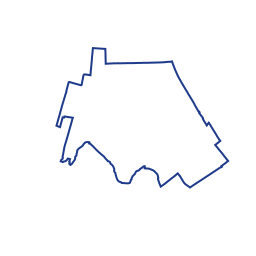 Cernica, Ilfov, Romania, rotated 145°
{"feature_id": "2599482B74723640056211", "entity_name": "Cernica", "entity_type": "district", "adm_level": 2, "iso_a3": "ROU", "parent_name": "Romania", "parent_adm1": "Ilfov", "projection": "orthographic", "projection_center": [26.299, 44.376], "detail": "fine", "context": "isolated", "style": "outline", "palette": "blue", "viewbox_px": 256, "rotation_deg": 145, "n_neighbors": 0, "source": "geoboundaries", "source_scale": "gbopen_adm2", "svg_char_len": 5430}
<svg xmlns="http://www.w3.org/2000/svg" viewBox="0 0 256 256"><g transform="rotate(145 128 128)"><path d="M201.8,139.7L202.2,139.3L201.7,138.7L201.3,137.8L201.1,137.6L200.7,137.4L199.9,137.4L199.6,137.3L199.3,137.1L198.5,136.8L197.8,136.7L197.0,136.8L196.2,136.9L195.5,137.2L194.8,137.5L194.6,137.3L193.3,135.8L193.8,135.4L195.5,134.1L195.3,133.4L195.8,132.8L196.5,132.5L196.7,131.8L196.2,130.7L195.1,130.8L194.2,130.9L192.7,131.5L191.6,131.9L190.1,132.4L189.2,132.9L188.8,133.3L188.4,133.8L188.0,134.5L187.6,134.7L187.1,134.8L186.0,135.1L185.9,135.3L185.5,135.7L185.0,136.3L184.4,136.7L184.2,136.9L183.6,137.5L182.8,138.3L182.5,138.7L182.3,138.8L181.0,139.2L180.2,139.4L179.3,139.4L176.9,139.4L175.7,139.4L173.0,140.4L172.2,140.5L171.3,140.6L170.9,140.5L170.4,140.4L170.2,140.3L169.4,139.8L168.6,139.3L168.0,138.8L167.9,138.6L167.8,138.3L168.7,137.6L167.8,136.3L167.7,135.6L167.6,134.8L167.4,134.1L167.3,133.6L167.0,132.1L166.9,131.4L166.7,129.9L166.4,128.0L166.1,126.6L165.8,124.9L165.3,123.2L164.8,121.1L164.1,118.5L164.0,117.9L164.0,117.0L163.9,115.6L163.6,113.5L163.5,112.5L163.3,112.5L162.3,110.5L162.6,109.9L162.6,109.3L162.7,109.0L162.8,108.7L162.4,107.4L162.3,106.8L162.2,106.4L162.1,105.3L162.3,104.3L162.6,103.2L162.7,102.7L162.9,102.0L163.1,101.9L163.4,101.4L163.8,101.1L164.0,100.7L164.1,100.4L164.3,99.8L164.3,99.3L164.1,98.6L164.3,98.1L164.7,97.2L165.5,95.0L165.8,94.1L166.3,92.0L166.4,91.0L166.2,89.6L165.8,88.8L165.3,88.1L165.2,87.9L164.9,87.8L164.7,86.9L164.6,86.5L163.2,85.4L161.8,84.3L160.6,83.3L159.5,82.5L159.2,82.4L158.6,82.2L158.0,82.0L157.8,82.1L157.4,82.4L156.1,83.2L156.0,83.4L155.4,83.8L155.1,83.8L154.9,83.8L154.6,83.9L154.6,84.0L154.4,84.1L154.3,84.3L154.1,84.5L153.8,84.9L153.1,85.1L152.6,85.4L152.3,85.7L152.0,85.9L151.5,85.9L150.6,86.1L149.7,86.2L149.2,86.4L148.4,86.5L148.1,86.7L147.5,87.1L146.9,87.5L146.4,87.7L146.0,87.7L145.6,87.7L145.2,87.6L144.8,87.5L144.7,87.5L144.5,87.3L144.3,87.2L143.9,87.2L143.3,87.1L142.5,87.2L142.0,87.3L141.8,87.5L141.0,87.5L140.0,87.5L139.6,87.4L139.1,87.5L138.7,87.5L137.8,87.7L137.6,87.7L137.1,87.5L136.6,87.4L136.2,87.1L136.6,86.3L137.2,85.7L137.5,85.4L137.4,85.3L135.6,83.8L134.7,83.2L134.1,82.7L133.8,82.1L132.6,80.4L132.3,79.8L132.1,79.5L131.6,78.7L131.3,78.1L131.2,77.4L131.1,77.2L131.0,76.2L130.5,73.4L130.8,72.3L131.7,69.8L131.9,69.6L132.4,69.5L132.6,69.3L132.9,68.4L133.3,67.3L133.3,67.2L133.7,65.7L133.9,65.1L134.0,64.8L134.4,63.1L134.8,61.2L129.3,61.2L127.4,61.4L117.7,61.9L113.3,62.3L113.1,59.3L113.0,59.0L113.4,54.1L113.5,51.4L113.4,50.0L113.2,49.0L111.3,43.7L109.6,43.7L105.6,43.6L96.4,43.3L92.5,43.2L89.6,43.1L84.4,43.0L77.8,42.8L76.3,42.8L73.4,42.4L73.4,42.5L73.4,42.9L73.4,43.2L70.3,43.3L67.6,43.4L67.2,43.4L66.6,43.5L66.4,43.5L66.0,43.5L64.9,43.5L64.9,44.5L65.0,44.7L65.2,48.7L65.3,50.0L65.5,54.2L65.8,57.2L66.0,60.5L66.3,64.1L64.2,64.2L62.6,64.3L59.8,64.5L59.8,65.3L59.9,66.5L59.8,69.1L59.7,70.6L59.5,72.9L59.3,76.6L59.1,80.7L59.0,81.3L58.9,83.0L58.8,85.6L58.8,86.0L60.1,85.6L61.4,85.1L62.0,84.9L62.0,85.1L62.0,85.4L61.9,86.1L61.8,87.5L61.8,88.2L61.7,89.9L61.5,91.9L61.5,92.6L61.1,92.9L60.9,93.0L60.9,94.7L61.0,95.5L61.0,96.5L61.1,99.3L60.6,99.4L60.5,99.7L60.8,99.6L60.7,102.0L60.4,104.7L60.4,105.0L60.1,108.3L59.7,111.4L59.7,111.5L59.5,113.9L59.5,114.0L59.3,117.7L59.1,119.8L59.2,120.0L59.0,122.3L58.9,123.0L58.7,125.9L58.6,127.6L58.4,130.7L58.2,132.6L58.2,133.2L58.1,134.5L57.8,136.9L57.7,138.8L57.2,142.6L56.7,145.1L56.3,147.2L56.0,148.6L55.1,152.3L54.6,154.4L53.9,157.1L53.8,157.3L55.4,158.0L57.8,159.6L59.2,160.3L61.1,161.4L62.1,162.0L63.3,162.8L63.5,162.9L67.6,165.6L72.9,169.1L75.8,171.0L77.9,172.5L80.1,173.9L83.3,176.1L84.9,177.1L88.3,179.4L93.1,182.7L94.9,183.9L97.5,185.6L99.1,186.8L101.1,188.1L102.5,189.1L109.4,193.4L108.7,194.5L107.8,195.8L106.9,197.2L105.9,198.7L104.4,200.9L103.9,201.6L103.6,202.1L101.2,205.8L107.6,210.9L110.9,213.6L111.3,213.2L111.6,212.8L112.3,212.0L112.6,211.6L112.9,211.2L113.6,210.4L114.7,209.1L115.6,208.1L117.3,206.1L118.9,204.1L121.4,201.2L122.5,199.9L123.9,198.2L124.8,197.2L125.0,197.0L125.0,196.9L125.2,196.7L125.5,196.4L125.7,196.2L126.2,195.6L127.2,194.3L128.5,192.8L130.8,195.0L132.2,196.3L133.0,196.9L133.3,197.0L133.7,197.0L134.0,196.9L134.6,196.3L134.8,196.1L135.1,195.9L135.3,195.7L135.5,195.5L135.6,195.4L135.9,195.1L137.3,193.7L138.2,192.9L138.9,192.2L139.2,191.9L139.5,191.6L139.7,191.4L140.0,191.2L140.2,190.9L140.4,190.7L140.7,190.5L141.2,190.0L141.4,189.9L141.6,189.8L141.8,189.9L142.1,190.1L144.0,192.4L146.4,195.3L148.4,197.8L149.5,199.2L150.1,199.4L150.3,199.5L152.5,197.7L155.6,195.1L157.6,193.3L157.6,193.1L158.2,192.6L158.9,192.1L159.4,191.8L160.2,191.2L161.4,190.2L163.6,188.5L165.5,187.0L166.1,186.5L166.4,186.3L166.9,185.9L167.2,185.7L167.7,185.3L167.9,185.1L168.2,184.9L169.7,183.7L171.2,182.4L172.0,181.7L172.9,181.0L174.3,179.9L175.4,179.0L176.8,177.7L178.3,176.6L179.6,175.5L181.0,174.4L182.4,173.2L185.3,170.9L183.2,167.7L175.4,174.2L174.5,173.3L174.3,173.2L174.2,173.3L173.5,173.9L173.4,173.8L173.0,173.5L172.1,172.6L171.2,171.8L170.5,171.0L169.3,170.0L168.0,168.7L167.6,168.3L167.4,168.1L167.6,168.0L168.4,167.2L169.1,166.7L170.1,165.8L171.1,165.0L175.0,161.8L176.0,161.0L178.1,159.3L180.0,157.7L182.1,156.0L184.1,154.4L185.5,153.3L186.3,152.5L186.9,152.2L188.8,150.7L191.4,148.5L191.9,148.0L195.2,144.7L197.7,142.3L198.3,141.7L198.5,140.9L198.8,140.7L199.0,140.4L199.4,140.3L201.0,140.1L201.5,139.9L201.8,139.7Z" fill="none" stroke="#1e3a8a" stroke-width="2"/></g></svg>